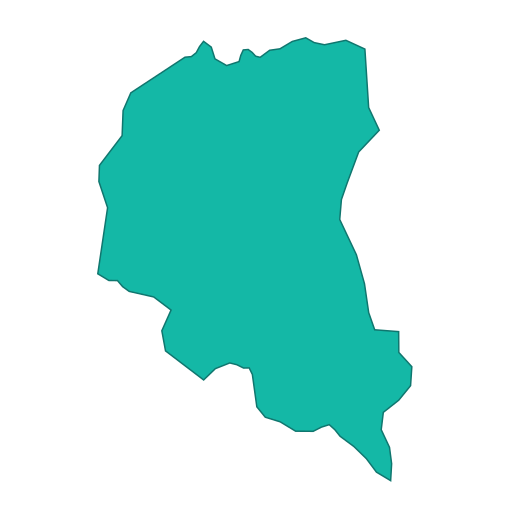 map outline of Mubende (orthographic projection), rotated 272°
{"feature_id": "UGA-3093", "entity_name": "Mubende", "entity_type": "District", "adm_level": 1, "iso_a3": "UGA", "parent_name": "Uganda", "parent_adm1": "", "projection": "orthographic", "projection_center": [31.514, 0.518], "detail": "fine", "context": "isolated", "style": "filled", "palette": "teal", "viewbox_px": 512, "rotation_deg": 272, "n_neighbors": 0, "source": "natural_earth", "source_scale": "10m", "svg_char_len": 1089}
<svg xmlns="http://www.w3.org/2000/svg" viewBox="0 0 512 512"><g transform="rotate(272 256 256)"><path d="M199.0,173.0L211.5,155.2L216.2,130.5L220.7,123.8L226.6,118.4L226.4,109.8L232.7,98.5L299.1,106.0L324.9,96.4L341.1,96.4L371.6,118.0L396.7,118.1L414.7,125.2L452.2,178.1L453.0,184.4L457.1,189.2L463.4,192.3L468.7,196.1L463.2,204.0L451.6,208.1L445.3,220.0L449.7,232.3L456.0,233.8L461.5,236.1L462.1,241.0L459.3,245.1L455.7,248.6L454.7,253.2L462.1,262.5L463.9,272.7L471.7,284.8L475.8,298.1L471.3,306.7L469.5,317.1L474.7,338.3L466.6,357.6L408.3,363.4L386.0,374.8L363.6,355.0L332.3,344.6L315.4,339.4L295.4,338.4L260.7,356.3L232.0,365.4L203.3,370.6L186.4,377.2L185.4,401.2L164.6,402.1L150.8,415.6L131.8,415.0L116.9,403.7L104.2,388.7L86.8,387.2L69.4,396.1L53.1,398.8L36.2,398.4L44.2,383.9L57.3,373.4L69.0,360.5L78.7,346.4L85.1,340.9L90.0,335.1L87.2,327.2L82.8,319.3L82.3,301.7L91.1,286.0L95.2,270.9L105.3,262.1L137.5,256.5L143.9,253.1L143.6,247.5L146.7,240.6L148.2,233.5L142.0,219.3L130.3,208.0L158.0,168.9L178.0,164.5L199.0,173.0Z" fill="#14b8a6" stroke="#0f766e" stroke-width="1.5"/></g></svg>